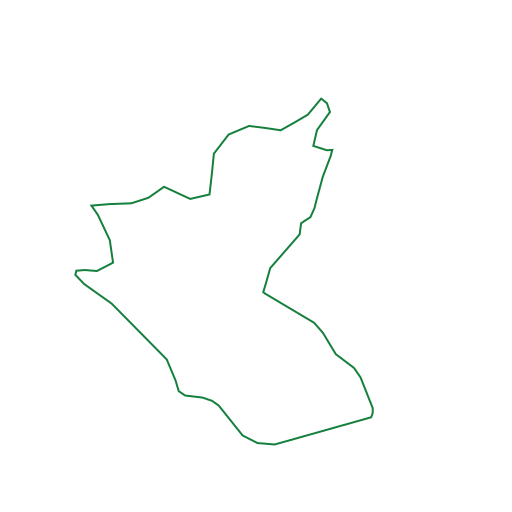 an SVG outline of Ağstafa, rotated 204°
{"feature_id": "AZE-1676", "entity_name": "Ağstafa", "entity_type": "District", "adm_level": 1, "iso_a3": "AZE", "parent_name": "Azerbaijan", "parent_adm1": "", "projection": "mercator", "projection_center": [45.457, 41.201], "detail": "fine", "context": "isolated", "style": "outline", "palette": "green", "viewbox_px": 512, "rotation_deg": 204, "n_neighbors": 0, "source": "natural_earth", "source_scale": "10m", "svg_char_len": 950}
<svg xmlns="http://www.w3.org/2000/svg" viewBox="0 0 512 512"><g transform="rotate(204 256 256)"><path d="M260.4,426.3L253.3,424.4L247.0,417.6L251.5,395.8L248.4,379.9L234.4,381.4L229.5,383.9L229.5,383.6L228.5,378.5L227.2,355.4L223.6,332.4L222.0,323.2L222.1,313.6L225.0,309.2L228.1,304.3L226.6,299.0L224.9,293.5L238.1,250.7L235.7,234.2L234.7,226.0L232.9,225.4L175.6,218.6L163.6,213.0L143.2,198.8L121.0,193.6L111.1,187.6L87.5,164.5L85.5,160.0L85.2,155.5L162.3,91.4L178.6,85.7L195.2,86.6L204.7,91.5L229.2,104.2L237.1,105.8L247.3,104.9L264.1,99.7L271.6,101.1L278.9,109.6L295.5,125.2L368.5,153.8L401.6,160.5L413.4,165.3L414.1,169.5L406.8,173.5L395.2,177.6L383.9,191.8L396.0,211.0L417.0,229.1L426.8,235.1L411.4,243.6L391.4,253.4L377.9,265.5L368.2,281.8L339.3,281.4L323.5,293.3L329.7,313.0L336.1,332.4L330.4,355.9L315.2,372.0L299.7,376.7L284.6,380.9L275.8,392.7L266.1,406.3L260.5,426.2L260.4,426.3Z" fill="none" stroke="#15803d" stroke-width="2"/></g></svg>